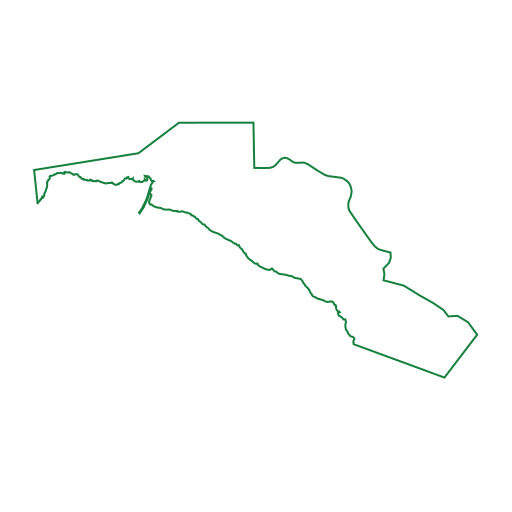 Ngebuked, Ngaraard, Palau, rotated 264°
{"feature_id": "81905179B15793502543785", "entity_name": "Ngebuked", "entity_type": "district", "adm_level": 2, "iso_a3": "PLW", "parent_name": "Palau", "parent_adm1": "Ngaraard", "projection": "albers", "projection_center": [134.626, 7.627], "detail": "fine", "context": "isolated", "style": "outline", "palette": "green", "viewbox_px": 512, "rotation_deg": 264, "n_neighbors": 0, "source": "geoboundaries", "source_scale": "gbopen_adm2", "svg_char_len": 6056}
<svg xmlns="http://www.w3.org/2000/svg" viewBox="0 0 512 512"><g transform="rotate(264 256 256)"><path d="M364.7,44.3L330.4,44.3L332.0,44.6L332.4,45.2L332.7,45.9L333.6,46.7L334.1,47.4L334.7,47.5L335.1,48.0L335.1,48.3L336.3,49.0L336.1,49.3L336.2,50.1L336.7,50.1L337.0,49.9L337.5,49.9L337.2,51.0L338.5,51.9L339.6,51.7L341.9,53.2L342.9,53.7L344.9,54.6L345.8,55.1L348.2,55.8L348.6,55.7L349.1,55.7L350.7,56.0L350.9,55.8L351.3,56.0L351.9,56.5L352.8,57.1L353.1,57.1L353.5,57.9L354.5,58.9L355.5,59.1L356.5,59.0L357.1,59.5L357.3,60.2L357.1,61.0L357.3,62.2L357.5,62.9L358.3,64.2L358.1,65.0L358.4,65.6L358.8,66.1L359.2,66.8L359.2,67.4L359.0,68.0L359.2,68.7L359.1,69.4L359.2,70.1L359.0,71.0L358.5,71.5L358.3,72.0L358.6,72.6L358.4,73.0L357.9,73.3L357.8,74.0L358.2,74.4L358.9,74.7L359.5,74.5L359.6,75.1L359.3,75.6L358.7,77.3L358.7,78.1L358.9,79.2L357.6,80.7L356.9,82.0L356.4,82.6L355.9,82.8L355.7,83.7L356.2,84.5L356.1,86.0L355.9,86.4L355.8,87.1L353.7,88.2L353.2,88.7L353.0,89.4L352.6,89.4L352.3,90.0L351.1,90.8L350.6,91.7L350.6,92.3L350.4,92.3L350.2,92.9L349.8,93.0L349.8,93.4L349.6,94.4L349.2,95.2L349.2,96.0L348.7,96.3L348.6,96.8L348.5,97.9L348.9,98.4L348.4,98.9L348.5,99.7L348.8,99.8L348.3,100.2L348.5,100.5L348.2,101.0L347.7,101.3L347.3,102.0L347.6,102.6L347.4,103.0L347.4,103.8L347.0,104.5L347.5,105.6L347.2,105.6L347.4,106.2L347.4,106.8L347.1,107.5L345.9,109.2L345.7,109.9L344.6,112.2L343.9,114.0L343.9,115.1L344.1,116.9L343.8,118.3L344.0,118.9L343.9,119.3L344.1,119.7L343.7,120.3L344.0,120.6L343.8,120.9L343.3,120.9L343.1,121.5L342.1,122.3L341.9,123.3L341.4,123.9L341.4,125.1L341.8,125.7L341.7,126.3L342.2,126.7L342.3,127.1L342.0,127.3L342.3,127.7L342.9,128.3L343.1,129.5L343.6,130.5L344.4,130.9L344.4,131.4L344.7,132.1L346.0,133.2L346.7,133.6L346.8,134.1L346.6,134.8L346.7,135.3L347.0,135.7L347.5,135.8L347.4,136.3L347.7,136.5L347.8,137.0L347.0,136.7L346.7,136.9L346.5,137.5L345.7,138.5L345.7,139.7L345.5,140.2L345.5,140.7L345.9,141.3L345.6,141.2L345.5,141.5L345.0,141.8L344.5,141.9L344.0,142.1L343.6,142.5L342.7,143.8L342.2,145.8L342.2,146.8L342.9,147.6L341.9,148.2L341.6,149.1L341.5,149.9L341.6,150.7L342.5,152.5L342.9,153.0L343.2,153.2L343.8,153.3L342.9,153.8L342.5,154.3L342.7,154.7L342.5,154.9L342.6,155.6L343.6,156.0L344.3,155.9L345.2,155.6L346.3,154.8L346.9,154.1L347.2,154.0L347.0,154.4L346.8,156.2L346.6,157.0L346.3,157.5L345.8,157.4L344.9,158.8L344.1,159.2L343.5,159.1L341.4,160.1L341.0,160.6L341.5,161.1L341.4,161.9L341.0,162.2L340.8,161.4L338.2,159.4L338.0,159.1L329.2,155.3L326.5,154.3L323.5,152.8L315.3,147.7L311.3,144.2L310.5,144.7L316.1,149.3L324.6,154.3L326.9,155.3L329.7,156.3L333.9,158.1L334.2,158.5L334.3,159.1L334.1,159.2L333.4,159.2L332.7,158.4L331.7,158.0L330.5,156.8L329.8,156.8L329.3,157.0L328.8,157.6L328.1,157.7L327.5,158.4L326.6,158.2L325.7,157.4L324.2,157.0L322.9,156.2L322.2,155.7L321.2,155.5L321.2,155.3L320.7,155.2L319.9,155.6L319.1,155.6L318.4,156.0L318.1,156.5L318.1,157.6L317.4,158.2L316.7,159.0L316.1,159.4L315.1,161.9L314.6,162.5L314.4,163.7L314.0,164.9L313.9,165.8L313.6,166.6L312.8,167.6L312.4,168.2L312.1,169.0L311.4,171.8L311.4,174.3L310.5,176.6L310.0,177.2L309.5,178.5L309.2,180.6L308.8,181.5L309.1,182.3L308.4,182.6L308.1,183.6L307.9,185.1L308.1,185.9L308.2,186.7L308.1,187.3L307.0,189.8L306.6,190.5L306.5,191.7L305.1,194.3L304.9,195.3L303.9,195.6L303.0,196.4L303.0,197.3L302.6,197.7L301.9,198.2L301.5,199.3L299.8,200.3L299.5,200.6L298.7,201.9L298.6,202.3L297.8,202.4L296.8,203.0L296.1,204.1L294.2,205.5L293.4,206.1L292.8,207.2L292.7,208.1L292.3,208.4L291.2,208.8L290.2,209.6L289.5,210.5L288.7,211.4L287.4,212.2L286.4,213.1L284.5,215.7L283.1,218.9L282.5,219.8L282.2,220.9L281.5,221.8L280.5,222.8L280.0,224.0L279.6,224.6L279.0,224.9L278.2,225.8L277.4,226.3L276.7,227.1L273.3,233.0L272.0,234.3L271.0,235.5L270.4,236.1L270.3,237.0L270.0,237.6L269.0,238.2L268.6,239.0L268.4,240.3L266.9,240.5L266.1,240.9L264.7,242.2L264.4,242.7L263.8,243.0L261.5,243.9L259.6,245.3L259.3,246.1L257.6,246.3L254.7,248.0L252.6,250.0L252.0,251.1L250.6,252.1L249.1,253.6L248.6,254.3L248.4,255.0L248.4,256.1L248.3,256.6L247.9,256.4L247.2,256.7L246.9,257.1L245.9,257.9L244.3,260.1L243.8,261.3L243.0,262.3L241.7,264.7L241.0,266.6L240.8,268.3L240.9,268.9L241.3,269.3L241.9,270.4L241.8,270.8L241.1,271.0L240.8,271.4L239.0,272.7L238.6,273.4L238.3,274.5L236.3,276.4L235.7,277.7L235.3,278.9L235.2,279.8L234.7,281.4L234.5,283.0L232.7,287.2L232.6,288.3L231.8,290.2L230.5,291.7L230.1,292.6L229.2,295.7L228.4,298.1L225.6,299.9L224.0,300.2L223.5,300.9L222.4,301.6L221.5,301.7L219.0,303.9L217.7,304.8L215.6,305.8L213.6,306.4L212.4,307.4L211.5,307.5L210.2,308.2L209.1,309.9L208.8,310.7L207.8,311.9L206.6,313.9L206.5,314.9L205.8,316.1L205.4,317.5L204.8,318.6L204.0,319.6L202.9,321.7L202.9,326.8L201.7,327.9L201.4,328.3L200.7,328.4L199.0,329.2L198.9,330.0L198.6,330.3L195.9,330.2L193.9,330.6L193.3,331.0L192.4,331.8L192.1,333.0L191.5,333.3L191.6,332.5L191.4,331.9L190.8,331.5L189.7,331.9L188.6,331.8L188.0,332.1L187.6,333.0L187.0,333.6L186.3,334.6L184.2,336.2L183.8,336.3L183.7,337.0L183.8,337.5L183.7,338.0L183.0,338.4L181.6,338.4L181.0,338.6L180.1,338.4L178.8,337.8L177.5,337.6L175.9,337.5L174.3,337.7L172.8,338.1L171.0,339.2L170.1,339.3L169.0,339.7L167.9,340.5L167.3,341.1L166.7,341.2L166.0,342.3L165.5,343.7L164.9,344.4L163.9,345.0L162.8,345.1L161.9,344.4L160.9,343.8L159.9,344.0L158.5,343.8L158.0,344.0L115.4,430.7L154.6,467.7L167.9,460.0L175.4,450.2L175.8,441.0L182.8,436.7L191.0,426.9L200.0,414.2L211.1,399.9L218.5,380.3L224.5,381.8L230.1,381.4L235.3,387.6L240.2,389.9L245.4,390.1L248.8,381.0L250.3,378.0L253.1,375.2L258.0,372.0L276.7,361.5L288.2,355.2L291.2,353.7L293.8,353.0L298.4,353.2L301.3,354.3L304.8,356.3L307.9,357.3L310.5,357.9L313.9,357.6L316.3,357.1L318.6,356.2L320.7,354.7L323.8,351.1L325.0,348.7L327.9,336.3L329.5,332.9L333.9,326.9L342.0,317.0L343.4,314.3L344.0,312.9L344.3,307.3L344.6,305.1L345.3,303.1L348.5,299.4L349.8,297.4L350.6,295.8L350.6,293.9L350.3,292.2L349.1,290.1L344.5,285.1L342.9,282.5L342.2,279.1L342.6,273.5L343.8,263.5L388.9,267.4L396.6,193.3L370.5,149.8L364.7,44.3Z" fill="none" stroke="#15803d" stroke-width="2"/></g></svg>